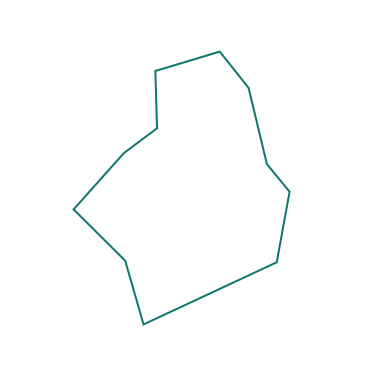 Kirkop, Equal Earth projection, rotated 21°
{"feature_id": "MLT-5970", "entity_name": "Kirkop", "entity_type": "state/province", "adm_level": 1, "iso_a3": "MLT", "parent_name": "Malta", "parent_adm1": "", "projection": "equal_earth", "projection_center": [14.483, 35.841], "detail": "fine", "context": "isolated", "style": "outline", "palette": "teal", "viewbox_px": 384, "rotation_deg": 21, "n_neighbors": 0, "source": "natural_earth", "source_scale": "10m", "svg_char_len": 305}
<svg xmlns="http://www.w3.org/2000/svg" viewBox="0 0 384 384"><g transform="rotate(21 192 192)"><path d="M194.2,333.0L154.3,280.1L87.7,250.7L114.4,180.2L136.5,145.0L114.4,92.1L167.6,51.0L207.5,74.5L251.9,139.1L283.0,156.8L296.3,227.2L194.2,333.0Z" fill="none" stroke="#0f766e" stroke-width="2"/></g></svg>